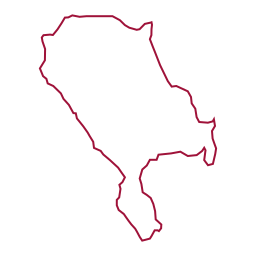 Letymvou, Paphos, Cyprus (Natural Earth projection)
{"feature_id": "46923920B68509889171305", "entity_name": "Letymvou", "entity_type": "district", "adm_level": 2, "iso_a3": "CYP", "parent_name": "Cyprus", "parent_adm1": "Paphos", "projection": "natural_earth1", "projection_center": [32.523, 34.848], "detail": "fine", "context": "isolated", "style": "outline", "palette": "rose", "viewbox_px": 256, "rotation_deg": 0, "n_neighbors": 0, "source": "geoboundaries", "source_scale": "gbopen_adm2", "svg_char_len": 1499}
<svg xmlns="http://www.w3.org/2000/svg" viewBox="0 0 256 256"><path d="M41.8,37.5L42.5,41.4L45.1,49.0L44.9,60.3L39.9,68.4L43.1,76.2L46.4,78.8L47.7,83.4L53.3,86.0L57.2,89.8L60.9,93.4L63.5,98.9L68.9,104.9L73.4,113.1L75.8,113.3L76.9,118.4L79.5,121.6L83.4,126.5L87.7,132.6L89.5,135.8L93.2,141.8L94.0,147.9L100.7,150.9L103.3,154.5L109.6,159.8L118.1,167.6L121.7,172.8L124.9,177.3L122.4,182.2L119.4,184.8L120.5,188.8L119.2,197.4L116.8,199.9L116.8,205.3L118.7,210.0L123.9,214.1L125.8,216.9L128.5,220.7L131.3,224.4L135.2,228.7L136.9,231.6L139.9,237.2L142.2,240.6L145.0,239.9L149.9,238.6L151.5,236.1L154.7,230.3L157.6,230.3L158.9,231.1L161.1,228.3L161.3,224.5L155.7,219.4L155.1,211.1L153.3,203.9L150.7,198.0L146.9,195.0L142.7,192.3L141.4,184.0L139.7,178.5L142.3,169.5L146.8,165.5L149.9,159.8L156.6,159.8L158.5,154.7L171.1,153.4L180.4,151.7L187.8,156.0L196.7,155.1L202.2,150.9L204.2,147.8L205.5,150.3L204.2,160.1L208.0,165.2L212.9,163.9L215.2,154.1L216.1,148.4L214.2,143.1L212.6,138.5L212.0,131.0L215.0,126.0L213.9,119.3L212.7,121.4L207.9,122.7L199.2,122.0L196.6,117.1L195.3,108.7L191.7,103.4L191.0,97.0L187.8,91.3L176.3,86.0L171.7,86.6L167.8,81.1L160.1,65.2L154.7,51.4L152.8,46.7L149.9,39.2L151.4,35.1L151.5,29.1L152.0,24.8L151.5,22.3L151.0,22.5L144.8,23.9L139.6,29.2L136.7,29.8L129.3,27.7L124.9,25.1L119.9,20.2L112.5,16.2L104.8,16.2L96.4,16.2L86.4,16.2L79.6,16.8L72.3,15.4L68.3,17.4L64.9,17.6L61.5,23.3L57.5,29.4L52.9,35.0L50.1,34.6L43.5,35.2L41.8,37.5Z" fill="none" stroke="#9f1239" stroke-width="2"/></svg>